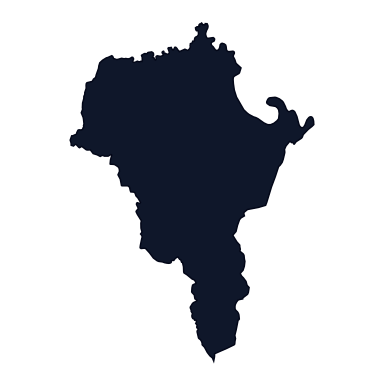 Ayun Pa, Gia Lai, Vietnam (Robinson projection)
{"feature_id": "81297802B91685830390053", "entity_name": "Ayun Pa", "entity_type": "district", "adm_level": 2, "iso_a3": "VNM", "parent_name": "Vietnam", "parent_adm1": "Gia Lai", "projection": "robinson", "projection_center": [108.411, 13.31], "detail": "fine", "context": "isolated", "style": "filled", "palette": "ink", "viewbox_px": 384, "rotation_deg": 0, "n_neighbors": 0, "source": "geoboundaries", "source_scale": "gbopen_adm2", "svg_char_len": 5884}
<svg xmlns="http://www.w3.org/2000/svg" viewBox="0 0 384 384"><path d="M207.1,23.7L205.2,23.6L205.0,24.6L204.7,24.9L203.5,24.7L202.8,24.9L202.5,24.1L201.9,24.1L201.8,23.2L201.6,23.0L200.3,24.0L199.7,24.0L198.9,25.1L198.9,25.4L199.7,26.1L199.4,26.6L196.9,26.8L195.5,27.8L195.8,29.7L196.4,30.6L196.8,30.8L197.7,30.6L198.2,31.0L198.5,33.7L198.4,34.6L197.6,36.1L195.5,37.2L194.9,37.9L194.5,39.3L194.5,40.6L194.1,41.1L192.7,41.2L192.3,42.7L191.3,43.4L190.4,43.6L190.1,45.9L190.4,47.1L189.3,49.1L188.0,50.3L187.3,50.3L184.9,49.2L179.3,51.7L178.6,50.5L177.5,49.7L177.1,48.6L175.8,47.3L175.0,47.2L174.6,47.6L173.6,49.7L173.1,50.0L172.3,49.6L171.2,47.4L170.0,47.7L168.6,47.7L168.2,48.0L168.0,48.4L169.2,51.8L169.3,52.9L168.9,53.7L167.7,54.3L166.5,54.0L165.3,53.3L164.1,53.5L163.8,51.4L163.5,51.2L162.9,51.4L162.3,51.9L162.1,52.7L163.3,54.7L163.2,55.3L161.0,56.3L159.2,56.2L157.6,55.8L156.5,56.1L156.0,56.8L156.3,59.1L155.8,59.8L155.4,60.0L154.8,59.6L153.8,57.6L152.5,57.2L153.6,55.1L153.5,53.7L153.1,52.8L151.7,51.9L148.4,52.4L147.8,52.6L147.1,53.7L144.4,53.6L141.6,55.2L141.5,55.5L142.2,57.3L142.3,60.6L142.0,61.5L141.0,61.2L140.0,61.7L139.0,61.8L137.3,61.2L135.7,62.0L134.5,62.4L133.6,62.3L132.9,61.9L132.7,61.1L133.5,59.4L133.5,58.5L132.8,57.4L132.0,57.2L129.9,58.5L128.1,58.9L125.8,58.5L124.1,58.8L121.6,58.3L117.8,59.4L116.4,59.5L113.6,58.5L112.7,56.4L111.8,55.7L107.8,57.5L106.3,57.9L102.6,60.2L99.8,62.8L98.9,65.7L98.5,68.5L96.3,74.7L95.6,77.5L93.5,79.1L92.5,81.0L92.0,81.5L87.0,82.7L86.3,83.6L86.1,85.2L86.2,88.3L84.8,92.5L84.8,94.3L83.9,96.3L83.8,98.6L82.6,103.0L82.4,107.6L82.6,109.3L81.3,112.8L83.2,117.5L83.5,119.2L84.0,123.9L83.5,125.7L83.8,127.1L83.2,127.6L82.6,129.1L82.1,129.6L81.0,130.0L79.0,129.8L78.0,130.2L76.8,132.6L76.7,133.7L76.3,134.2L72.7,135.8L71.7,135.8L70.2,140.1L71.1,143.0L71.2,145.3L73.5,146.0L75.1,144.5L75.8,144.4L76.4,144.7L78.9,147.4L79.6,147.7L81.6,146.4L82.1,146.6L86.0,149.6L87.0,150.0L90.4,149.9L93.2,153.6L97.2,154.8L100.2,156.4L102.0,155.5L102.9,155.4L104.3,156.1L108.2,156.1L110.6,154.7L111.5,154.7L111.7,155.3L110.5,159.9L110.1,163.9L110.3,164.2L113.9,164.4L115.1,164.8L118.2,166.9L118.7,167.7L119.2,168.6L119.5,171.3L118.0,174.8L120.3,179.2L121.5,185.5L122.0,185.8L127.5,185.8L128.7,186.3L129.6,187.5L130.3,190.7L130.8,191.9L133.7,192.1L134.6,192.6L135.1,193.2L136.0,195.9L137.9,197.9L140.5,202.3L140.4,202.7L139.8,203.4L138.8,203.3L137.7,202.7L137.1,202.8L136.6,203.3L136.5,204.5L138.1,207.8L138.2,208.7L136.3,211.0L136.1,211.7L137.4,214.4L141.4,220.8L140.9,223.1L141.0,228.1L142.0,232.1L140.6,234.0L141.8,235.5L142.2,237.0L141.7,238.8L140.4,245.2L140.1,247.4L140.2,247.9L141.1,248.5L144.4,248.2L145.6,248.5L149.6,252.9L153.4,258.0L157.2,260.8L158.8,261.4L162.5,261.9L164.7,262.7L166.7,263.1L168.8,263.3L170.1,263.1L171.1,262.5L171.4,260.6L173.8,260.4L175.3,258.4L177.4,257.0L178.0,257.0L179.6,259.3L180.8,259.9L181.6,262.2L182.5,262.5L183.5,266.8L183.7,271.8L184.0,272.9L187.0,274.8L192.1,279.0L194.2,279.9L195.0,280.8L196.1,283.2L195.7,283.7L194.3,284.1L192.6,285.1L192.0,287.7L191.7,291.8L192.0,292.5L194.3,295.0L194.8,298.2L195.1,299.0L196.8,299.8L197.1,300.5L195.6,301.6L193.5,302.6L192.5,303.5L190.3,307.1L190.3,307.9L191.2,310.1L191.2,311.4L192.5,313.5L191.9,315.6L192.0,317.0L192.8,318.5L194.2,319.1L194.6,320.2L195.9,320.2L196.3,320.6L196.4,322.3L195.7,323.3L197.2,325.4L196.7,327.0L196.9,327.7L197.2,328.1L197.8,328.3L198.2,328.8L198.1,329.5L197.2,330.9L197.1,331.8L198.5,337.9L198.9,338.5L200.5,339.7L201.5,341.3L202.1,342.9L202.2,344.8L204.5,347.2L207.3,352.4L208.9,354.5L210.0,355.9L212.4,357.9L213.7,361.0L214.5,356.8L214.6,353.7L227.1,348.2L234.1,344.8L234.7,344.1L235.0,341.0L235.5,338.6L234.8,335.4L236.2,329.7L238.0,320.5L238.4,319.9L238.9,319.7L239.3,319.0L238.9,314.9L238.4,313.4L237.5,311.9L235.7,310.2L235.0,308.6L235.0,305.9L235.4,304.3L236.5,302.1L238.0,300.1L239.3,299.6L242.7,298.9L242.8,298.1L243.3,297.5L247.5,294.3L248.3,292.6L249.1,287.5L247.3,285.6L246.9,284.8L246.0,281.4L243.4,277.9L241.7,276.2L240.5,274.1L240.4,273.5L240.6,272.9L243.0,270.3L244.3,266.3L244.9,261.3L244.4,259.2L244.0,255.3L243.2,253.9L240.0,251.3L239.9,251.0L240.3,249.2L239.8,246.9L239.7,245.1L236.7,241.7L232.9,235.5L233.2,234.8L236.0,231.5L237.5,225.3L239.5,219.7L241.0,217.9L244.4,215.9L243.8,213.8L244.1,212.3L247.5,209.5L258.5,207.4L265.6,205.3L266.7,202.5L271.5,186.8L275.3,176.6L278.2,167.8L278.6,166.6L280.2,165.1L282.1,162.4L283.2,159.3L284.6,153.4L284.8,152.2L284.5,149.3L286.0,145.9L289.7,141.4L290.1,141.4L291.6,142.6L292.9,142.5L293.9,144.1L294.3,144.1L296.1,141.7L301.5,138.2L302.3,137.1L303.2,134.6L308.2,129.4L312.0,126.4L313.8,124.6L313.6,121.1L313.0,118.7L312.6,117.9L311.9,117.1L311.2,116.8L310.1,116.8L308.8,117.6L306.9,120.0L305.0,124.9L303.6,127.2L302.5,127.7L300.8,127.4L299.7,126.1L299.0,124.6L296.9,116.5L294.8,111.9L293.9,111.0L292.7,110.4L291.3,110.6L289.4,111.6L288.7,111.6L287.5,110.9L286.1,108.7L285.4,106.6L283.3,102.3L282.2,101.0L279.4,98.9L276.4,97.6L275.0,97.3L269.8,97.8L268.7,98.3L267.8,99.4L266.8,101.5L266.7,102.6L267.1,103.5L269.8,105.4L275.6,106.4L277.6,108.0L278.7,109.9L279.2,113.5L278.7,118.3L278.4,119.1L276.9,120.9L273.9,123.3L270.6,124.7L268.1,124.7L266.8,124.3L263.9,122.9L258.0,118.7L255.8,117.6L253.3,116.8L248.9,114.4L247.0,112.9L243.8,109.8L236.5,97.1L234.3,90.1L233.4,83.8L233.1,79.7L233.3,77.3L234.5,76.0L238.9,73.5L239.5,72.7L241.0,67.9L236.3,63.6L235.8,62.8L234.8,59.6L233.2,56.5L233.5,54.9L234.3,53.6L234.3,52.2L233.8,51.6L233.0,51.2L229.4,51.6L228.0,51.5L227.3,51.1L226.5,49.9L226.1,46.6L225.7,45.1L224.4,44.0L222.3,43.3L221.3,43.5L220.2,44.7L219.7,47.5L219.1,48.9L218.5,49.7L217.6,50.3L216.8,50.5L216.1,50.3L215.3,49.8L213.1,46.7L211.9,45.7L211.1,44.2L211.3,42.5L214.0,41.1L214.3,40.6L214.6,39.3L214.4,38.5L213.2,37.6L207.6,38.4L206.7,37.6L206.2,36.6L205.6,34.3L205.7,33.1L206.5,30.5L207.6,28.4L208.0,26.8L207.9,25.5L207.1,23.7Z" fill="#0f172a" stroke="#020617" stroke-width="1.5"/></svg>